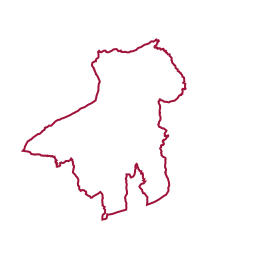 Moniquira, Boyacá, Colombia, rotated 41°
{"feature_id": "7082276B18145411913981", "entity_name": "Moniquira", "entity_type": "district", "adm_level": 2, "iso_a3": "COL", "parent_name": "Colombia", "parent_adm1": "Boyacá", "projection": "robinson", "projection_center": [-73.547, 5.87], "detail": "fine", "context": "isolated", "style": "outline", "palette": "rose", "viewbox_px": 256, "rotation_deg": 41, "n_neighbors": 0, "source": "geoboundaries", "source_scale": "gbopen_adm2", "svg_char_len": 5839}
<svg xmlns="http://www.w3.org/2000/svg" viewBox="0 0 256 256"><g transform="rotate(41 128 128)"><path d="M168.8,213.9L169.0,213.4L170.5,211.7L171.1,210.3L169.7,207.8L168.9,206.8L170.1,206.2L172.6,203.1L175.4,198.2L180.2,190.8L178.8,188.9L177.5,187.7L176.2,185.8L174.0,184.7L173.1,183.7L171.4,182.5L170.6,180.1L170.4,178.3L168.8,176.5L166.6,174.9L165.1,173.1L164.2,171.5L162.1,170.0L161.0,168.4L160.0,168.1L159.4,167.3L158.9,165.7L158.3,164.9L157.3,164.0L159.3,162.3L159.8,162.1L161.4,162.8L162.2,163.5L162.5,163.5L162.9,163.2L163.3,162.4L163.8,161.0L163.5,159.1L161.9,156.1L161.4,155.7L160.7,154.6L160.3,153.0L159.5,153.0L158.2,151.4L158.0,149.5L158.7,149.5L160.2,150.7L162.1,151.6L162.8,152.2L163.6,152.2L164.3,152.7L165.5,152.7L166.3,151.9L167.8,153.9L168.2,153.7L168.3,153.0L168.7,152.6L170.2,153.6L170.6,154.5L172.4,156.0L173.2,156.1L173.8,155.9L173.9,157.6L174.6,157.4L175.2,157.8L176.0,157.1L176.2,159.5L175.1,160.8L174.8,161.5L174.7,163.0L175.0,164.7L176.7,165.3L177.9,165.3L179.3,165.5L180.4,166.5L181.3,166.7L182.0,167.3L182.5,167.2L182.9,166.6L183.6,166.5L186.1,167.2L188.0,167.4L189.3,169.3L190.8,170.7L192.7,173.5L196.3,166.9L198.2,161.8L199.7,155.5L200.5,153.7L200.4,152.4L199.8,149.0L199.2,148.1L198.8,147.9L197.6,146.7L196.8,144.3L194.7,142.3L191.1,139.9L190.1,139.5L189.4,139.5L188.1,138.6L186.6,138.2L186.0,137.1L185.2,137.1L184.4,134.9L183.1,133.7L182.2,133.6L181.7,133.3L180.4,131.7L179.0,129.5L177.9,128.5L177.5,127.8L176.9,127.4L176.8,126.7L175.7,126.0L175.0,126.1L173.7,126.7L171.1,126.6L170.4,125.5L169.1,125.0L168.7,123.6L165.6,122.3L165.5,120.4L164.7,120.0L164.4,119.4L164.8,118.5L165.6,117.8L165.6,116.5L165.3,116.2L163.9,115.9L163.5,115.0L162.7,115.0L162.6,114.4L162.7,113.5L163.2,113.2L163.7,111.6L163.7,110.9L163.2,109.6L163.7,108.5L163.5,107.5L163.1,107.3L162.0,109.2L161.3,109.8L160.9,109.8L160.2,108.7L159.6,108.5L159.2,108.0L159.1,106.3L158.7,104.7L155.3,104.8L154.4,105.6L152.9,106.1L152.0,106.0L151.1,106.6L150.4,106.5L148.5,105.5L148.5,104.5L147.7,103.6L147.3,102.5L147.2,101.1L146.3,99.4L145.1,98.2L143.5,97.5L142.8,96.7L142.4,95.7L142.2,95.5L141.8,95.7L141.0,94.8L139.7,93.0L139.5,92.2L137.5,90.1L134.9,89.1L134.2,88.2L133.7,88.0L133.7,86.9L133.2,85.5L133.7,85.2L134.5,85.6L136.2,84.5L138.0,84.5L140.1,82.8L141.5,82.2L142.1,81.7L142.2,80.9L143.6,78.8L145.3,76.7L145.8,73.0L145.4,70.0L145.5,69.3L146.5,68.3L146.0,67.4L146.1,67.0L146.5,66.6L146.1,66.3L146.0,65.6L145.4,64.7L144.7,64.0L143.7,63.5L143.6,63.0L143.8,62.3L145.3,61.6L145.7,60.8L145.6,60.5L144.3,59.9L142.2,57.1L140.0,57.6L140.0,55.9L137.3,53.3L136.7,53.2L135.6,53.6L134.1,52.5L132.7,52.4L131.5,51.9L130.8,52.3L129.6,51.8L128.8,52.3L128.0,52.3L127.1,51.2L124.8,51.5L122.6,49.9L121.4,50.2L120.2,49.8L118.9,49.8L118.1,49.4L117.0,48.4L116.3,48.4L115.3,46.7L114.5,46.4L112.3,46.3L111.0,45.1L110.0,46.2L109.5,46.2L108.0,45.6L106.9,46.2L106.6,45.9L106.0,44.9L105.6,45.1L105.3,45.8L104.1,46.0L103.4,45.2L102.8,45.0L102.2,45.5L101.4,47.3L100.9,47.4L100.0,46.9L99.6,47.0L99.0,47.5L98.4,48.8L97.8,48.8L97.6,48.3L97.1,48.2L95.6,49.7L95.1,49.7L94.5,49.0L95.0,46.9L94.6,45.2L94.1,44.2L94.3,42.3L93.7,41.8L93.0,42.0L92.1,43.3L91.7,43.3L91.2,43.0L91.0,44.6L90.5,46.2L89.3,46.8L88.6,47.7L88.5,49.6L88.0,51.1L85.8,54.5L84.8,58.3L83.2,60.9L83.0,63.6L81.4,66.7L80.6,67.8L79.7,68.3L79.3,70.1L77.8,71.4L75.6,72.5L75.3,73.1L73.1,74.9L72.5,74.8L71.8,74.3L70.9,75.8L70.4,76.3L69.4,76.3L68.5,75.8L67.4,76.1L66.9,76.6L65.5,78.2L65.0,80.5L63.6,83.6L62.1,84.8L61.7,84.9L60.5,84.4L60.0,84.5L58.9,85.8L58.1,88.4L57.2,88.9L55.6,88.7L55.5,90.2L57.5,91.8L59.3,93.9L59.4,94.5L58.8,96.5L59.2,98.0L60.0,98.7L59.3,99.6L58.6,100.9L58.4,102.4L59.0,103.1L59.2,103.8L60.2,104.7L62.8,105.2L63.2,105.7L64.0,105.7L65.0,106.7L65.9,106.8L66.9,107.5L68.4,108.0L68.6,108.5L69.9,108.6L71.2,109.0L74.9,110.7L76.1,111.4L76.8,112.3L76.8,113.4L78.7,116.4L81.1,119.1L83.3,124.8L84.1,125.6L84.4,126.7L85.4,128.2L85.3,129.0L84.2,133.2L82.5,137.0L82.2,138.8L81.3,141.2L79.4,144.6L79.1,147.9L77.7,151.0L77.8,151.5L76.9,153.0L76.0,156.0L73.2,162.0L71.5,164.9L71.0,166.6L69.7,168.1L68.9,170.7L68.6,176.4L67.9,177.3L66.8,178.0L66.5,180.3L66.0,181.1L65.5,181.4L65.2,182.3L65.2,182.6L65.8,182.9L66.1,184.5L65.7,185.1L65.7,185.9L65.4,186.6L65.6,187.5L65.4,188.1L65.2,190.4L64.6,191.3L64.0,191.7L62.6,197.6L62.4,200.3L61.8,201.0L61.7,202.5L61.1,203.8L61.4,205.5L62.5,209.9L63.6,211.7L63.6,214.2L68.6,211.0L69.4,210.9L70.1,210.5L72.0,211.1L73.6,210.2L74.0,209.7L75.1,209.4L76.2,207.8L77.5,207.0L77.9,206.4L79.1,205.7L80.6,205.7L81.4,204.9L82.7,204.3L83.3,203.2L83.7,203.2L84.8,202.5L85.1,202.0L85.4,202.0L85.5,201.6L86.0,201.7L86.4,201.1L87.3,200.4L88.4,200.1L88.7,199.3L89.4,199.1L89.6,198.7L90.6,198.8L91.3,198.0L91.6,198.5L92.3,198.4L92.6,198.8L94.2,199.1L94.7,199.7L95.2,199.5L95.0,200.6L95.4,201.2L96.7,200.9L98.2,201.3L98.2,201.8L97.5,202.1L98.6,202.7L99.3,203.7L99.6,204.0L99.8,203.9L101.3,201.7L101.4,201.1L101.1,200.3L99.8,199.0L99.9,198.2L100.3,197.8L101.5,197.4L102.0,196.9L102.5,196.1L102.7,193.8L103.7,192.7L104.8,192.1L105.4,190.0L105.1,188.3L105.3,188.3L107.0,188.6L107.4,189.3L108.5,189.6L109.2,190.5L109.9,190.8L110.5,191.6L111.1,192.0L112.1,192.0L112.3,192.5L113.2,193.3L113.4,194.3L114.2,195.2L114.4,195.9L115.6,197.7L119.2,198.0L120.4,198.5L122.4,198.6L124.5,199.6L126.0,201.6L126.3,202.5L128.3,204.3L129.5,204.1L131.2,206.1L132.2,206.1L133.4,206.5L133.5,206.1L133.9,205.7L134.1,204.8L135.0,204.4L135.5,203.9L136.9,203.9L137.6,203.6L138.2,203.6L138.7,204.0L139.3,205.4L139.6,205.6L140.4,205.3L142.1,205.3L144.2,204.5L145.8,205.0L146.6,203.8L146.6,202.5L148.5,197.3L149.1,194.4L152.1,194.9L153.3,195.8L154.2,197.0L155.1,197.4L155.3,198.4L156.2,199.8L156.8,200.1L157.6,201.2L159.1,202.2L159.5,203.1L161.5,203.2L162.1,202.9L162.3,203.1L162.6,204.6L164.3,204.7L164.9,205.3L166.5,207.6L166.0,209.5L166.1,210.3L167.5,212.7L168.8,213.9Z" fill="none" stroke="#9f1239" stroke-width="2"/></g></svg>